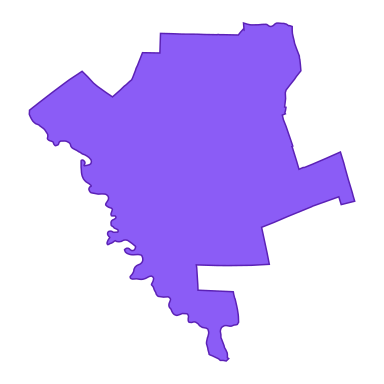 the district of Sirna, Prahova, Romania
{"feature_id": "2599482B16064748889643", "entity_name": "Sirna", "entity_type": "district", "adm_level": 2, "iso_a3": "ROU", "parent_name": "Romania", "parent_adm1": "Prahova", "projection": "albers", "projection_center": [25.931, 44.787], "detail": "fine", "context": "isolated", "style": "filled", "palette": "violet", "viewbox_px": 384, "rotation_deg": 0, "n_neighbors": 0, "source": "geoboundaries", "source_scale": "gbopen_adm2", "svg_char_len": 5950}
<svg xmlns="http://www.w3.org/2000/svg" viewBox="0 0 384 384"><path d="M171.5,310.6L172.6,312.7L173.4,313.7L174.1,314.4L175.3,315.0L176.6,315.4L177.4,315.3L178.0,315.1L180.2,314.4L182.3,313.5L186.1,313.7L186.8,313.8L187.4,314.0L187.8,314.5L188.4,315.8L188.5,316.8L188.2,318.5L188.2,320.2L188.3,321.0L188.8,322.0L189.4,322.3L191.7,322.5L193.2,322.0L194.0,321.9L194.6,321.9L195.2,322.0L195.9,322.3L198.0,323.7L199.6,325.7L202.3,327.4L206.2,328.1L207.4,328.8L207.9,329.2L208.6,331.7L208.7,332.7L208.6,333.7L207.9,336.7L207.5,337.5L206.6,341.6L206.5,342.4L206.5,342.8L206.5,343.8L206.9,345.0L207.8,348.3L208.0,349.8L209.0,353.4L209.1,354.3L210.0,354.9L212.1,355.7L218.6,358.8L220.3,360.4L223.2,360.4L226.2,361.0L228.7,358.6L227.4,357.7L227.4,354.5L227.2,352.9L225.8,349.8L224.5,347.6L224.1,345.8L223.1,343.1L221.6,339.2L221.1,338.1L220.9,337.3L220.9,334.7L220.3,331.4L220.4,330.8L220.5,330.1L220.7,329.3L221.2,328.2L221.5,327.6L222.4,326.8L224.0,325.9L224.8,325.6L226.7,325.6L229.9,326.2L231.5,326.1L233.9,325.1L236.1,324.8L237.4,324.4L237.7,323.6L238.3,322.8L238.6,322.2L238.4,316.6L238.2,314.5L237.5,309.8L236.7,305.9L235.1,298.9L234.7,298.3L233.7,294.3L233.3,291.8L232.3,291.7L198.0,290.2L197.8,284.7L197.1,273.8L196.7,267.5L196.3,264.9L216.9,265.5L228.2,265.6L251.5,265.3L269.3,264.3L267.2,253.5L261.6,227.3L274.0,222.4L287.2,216.7L311.9,206.6L312.2,206.3L338.8,196.8L341.2,204.6L354.7,201.2L353.1,195.8L352.3,192.7L350.7,187.4L348.3,179.5L344.9,167.3L343.9,163.4L340.4,152.0L327.1,157.9L326.9,158.0L312.5,164.2L304.9,167.3L304.2,167.5L303.1,167.5L299.0,169.3L296.6,161.1L292.3,147.3L291.9,146.6L292.8,146.1L286.1,126.5L283.4,119.7L282.7,116.7L282.3,115.1L285.4,113.8L284.9,112.9L285.1,111.9L285.5,110.4L286.0,107.3L284.6,107.0L285.6,98.7L285.3,92.7L286.1,90.0L290.1,84.8L294.5,79.3L296.5,76.3L300.9,70.8L300.4,64.7L299.8,59.3L299.5,58.4L299.3,55.9L296.3,48.1L294.6,43.4L294.0,40.3L293.1,36.7L292.4,33.4L292.2,29.9L292.2,26.5L289.9,25.7L289.3,25.6L288.7,25.7L287.9,25.2L286.4,24.1L285.8,24.0L283.8,23.4L281.9,23.4L278.7,23.1L276.7,23.1L275.3,23.7L273.2,25.6L271.8,26.3L270.7,26.5L269.3,26.2L266.9,24.5L266.0,24.3L262.2,24.4L258.2,24.8L251.7,24.9L250.3,24.8L247.4,24.2L243.5,23.0L243.9,28.1L243.9,29.8L243.2,29.2L240.4,32.3L238.3,35.0L223.7,34.7L219.5,34.7L218.7,34.5L217.7,34.5L217.3,34.7L204.6,34.5L197.1,34.2L182.3,34.1L172.0,33.7L160.5,33.4L159.9,53.0L142.5,52.7L138.6,62.6L137.6,65.2L136.1,68.3L135.4,70.6L132.7,77.6L131.6,79.9L129.7,81.4L126.2,84.7L124.2,86.2L120.1,90.2L112.5,96.9L106.0,92.5L97.6,86.5L93.5,83.1L87.7,76.8L82.1,71.3L69.4,79.7L64.9,83.0L52.2,92.5L39.5,102.3L29.5,110.2L29.5,111.2L29.3,114.0L29.4,114.6L30.5,117.1L31.4,118.9L32.8,121.1L34.3,122.6L35.7,123.7L38.7,124.8L40.0,126.0L43.6,128.6L44.7,129.7L47.0,133.2L47.7,134.4L47.8,135.5L47.8,136.8L47.4,138.2L47.5,138.8L47.8,139.3L48.5,140.0L49.5,140.6L52.0,141.4L53.0,142.0L53.3,142.4L53.7,143.9L54.8,145.3L55.2,145.6L55.7,145.7L57.9,144.9L58.5,144.2L59.0,142.7L59.3,142.0L60.6,141.1L64.4,141.0L65.6,141.1L66.7,141.4L68.8,142.5L69.7,143.2L70.4,144.4L70.8,146.0L71.0,146.4L71.6,147.3L72.3,148.0L73.4,148.7L77.1,150.6L79.0,151.9L79.9,152.2L82.3,153.9L84.8,154.8L86.9,156.0L88.9,157.4L90.8,159.5L91.1,160.1L91.4,161.7L91.3,162.3L91.0,163.2L90.6,163.9L89.4,164.7L86.8,165.4L84.8,165.7L84.3,165.7L84.1,165.5L84.1,165.4L85.0,163.0L84.9,162.3L84.5,161.4L83.6,160.5L82.8,160.0L82.1,160.0L81.4,160.3L81.2,160.5L81.1,161.2L81.1,162.4L81.1,167.2L81.3,169.5L81.5,172.6L81.8,174.4L82.2,176.0L82.7,177.2L83.4,178.8L84.6,180.4L86.0,181.8L89.3,183.9L91.1,185.5L91.2,186.1L91.0,186.4L90.0,186.8L89.5,187.4L89.0,188.4L88.9,189.3L89.0,189.8L89.4,190.8L90.1,191.9L90.8,192.6L91.8,192.9L98.2,194.1L102.1,193.9L105.1,194.1L105.8,194.3L106.9,195.0L108.0,196.1L108.2,196.5L108.5,197.6L108.5,198.2L108.4,199.3L107.9,200.4L105.9,203.5L105.7,204.4L105.7,204.9L106.1,205.4L107.2,206.4L108.8,207.3L111.4,208.2L112.1,208.9L112.4,209.6L111.0,213.7L111.0,214.6L111.4,215.7L111.8,215.9L114.6,215.9L115.1,216.0L115.5,216.3L115.9,217.0L115.9,217.8L115.5,218.3L114.3,219.2L112.5,220.0L112.1,220.4L111.6,220.9L111.2,221.7L111.0,222.5L111.1,224.7L111.2,225.3L111.6,225.8L113.2,226.8L114.2,228.0L115.0,228.4L116.9,229.2L117.7,229.7L118.0,230.1L118.1,230.4L118.1,231.0L118.1,231.4L117.8,232.0L117.7,232.1L113.8,232.3L113.1,232.1L111.7,231.3L110.7,231.1L109.1,231.3L108.5,231.6L108.1,232.0L107.8,232.6L107.6,233.3L107.6,234.2L107.9,235.1L108.2,235.5L108.9,236.5L109.7,237.2L109.8,237.5L109.5,238.1L108.4,239.5L107.5,241.4L107.0,243.0L107.1,243.6L107.3,244.1L107.6,244.6L107.8,244.6L108.8,244.4L109.3,243.9L109.7,243.7L111.7,243.0L112.9,242.3L114.4,241.1L115.3,240.7L116.2,241.3L116.8,241.5L118.1,241.7L119.5,241.7L121.3,241.4L123.6,240.2L124.9,240.0L126.0,240.0L127.4,240.3L128.3,240.8L132.1,243.5L135.1,246.0L135.6,246.7L135.4,247.8L135.2,248.5L134.4,249.9L133.2,250.5L132.2,250.6L131.5,250.5L130.2,249.7L129.2,248.7L128.0,248.2L126.8,248.2L126.3,248.4L125.0,249.2L124.5,249.8L125.2,251.6L125.4,252.0L126.5,253.0L127.3,253.5L129.4,254.3L131.1,254.7L133.3,254.8L138.0,254.5L139.6,254.7L140.8,255.0L141.3,255.2L141.7,255.5L142.4,257.1L142.7,258.1L142.8,259.6L142.7,260.8L142.1,262.1L141.5,262.9L140.6,263.7L139.9,264.2L138.3,264.8L136.6,265.7L135.3,266.9L134.9,267.4L134.3,268.6L134.0,269.3L133.8,270.8L133.4,272.1L132.2,274.2L130.3,276.4L130.1,276.9L130.3,277.8L130.6,278.3L131.1,278.6L131.8,278.9L132.6,279.1L136.5,278.8L139.9,279.3L141.4,279.4L143.0,279.2L144.8,278.7L145.8,278.3L149.0,276.6L150.1,276.3L150.9,276.1L151.5,276.1L152.4,276.6L152.9,277.0L153.4,277.8L153.6,278.2L153.6,278.9L153.2,280.7L152.9,281.5L151.6,284.1L151.5,284.5L151.5,284.8L153.0,286.5L153.3,287.1L153.7,288.0L154.1,289.4L154.6,290.5L155.7,292.4L156.3,294.3L157.3,295.6L157.7,296.0L158.4,296.4L163.5,297.1L167.9,296.8L168.8,297.1L169.8,298.0L170.3,298.6L170.5,299.1L170.5,299.7L170.3,300.5L169.1,303.5L168.9,304.7L168.9,305.4L169.1,306.6L169.6,307.6L171.0,309.2L171.3,309.8L171.5,310.6Z" fill="#8b5cf6" stroke="#5b21b6" stroke-width="1.5"/></svg>